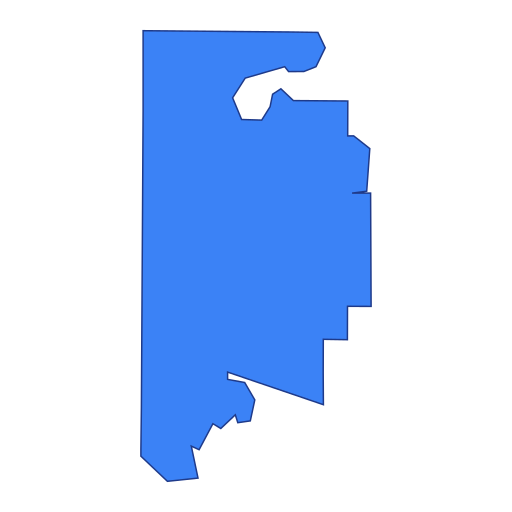 outline of Leflore, Mississippi, United States of America
{"feature_id": "52423323B21456355443716", "entity_name": "Leflore", "entity_type": "district", "adm_level": 2, "iso_a3": "USA", "parent_name": "United States of America", "parent_adm1": "Mississippi", "projection": "albers", "projection_center": [-90.256, 33.523], "detail": "fine", "context": "isolated", "style": "filled", "palette": "blue", "viewbox_px": 512, "rotation_deg": 0, "n_neighbors": 0, "source": "geoboundaries", "source_scale": "gbopen_adm2", "svg_char_len": 684}
<svg xmlns="http://www.w3.org/2000/svg" viewBox="0 0 512 512"><path d="M347.8,101.0L293.4,100.6L280.9,88.8L272.6,94.2L270.1,106.7L261.7,120.1L241.6,119.5L232.6,97.8L245.2,78.1L284.7,66.7L288.6,71.6L303.9,71.5L316.0,66.7L325.2,47.8L317.9,32.4L291.1,32.0L143.1,30.7L143.1,111.1L141.4,407.6L140.9,449.2L140.9,456.2L167.4,481.3L198.0,478.1L191.3,446.1L199.1,449.7L212.9,423.7L220.8,428.5L235.3,414.8L237.8,422.7L250.3,420.9L254.8,399.9L244.7,382.5L227.6,379.4L227.6,372.1L323.4,404.7L323.2,372.7L323.3,339.3L347.4,339.7L347.5,306.3L371.1,306.4L370.6,193.1L352.1,193.1L366.7,191.2L369.8,148.6L353.7,135.9L347.7,135.9L347.8,101.0Z" fill="#3b82f6" stroke="#1e3a8a" stroke-width="1.5"/></svg>